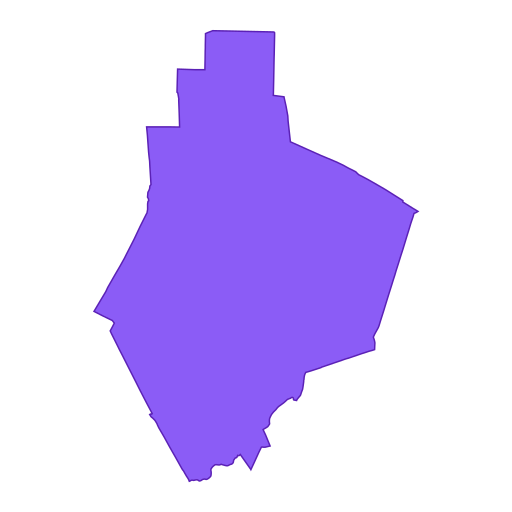 outline of Balesti, Vrancea, Romania
{"feature_id": "2599482B89340498251643", "entity_name": "Balesti", "entity_type": "district", "adm_level": 2, "iso_a3": "ROU", "parent_name": "Romania", "parent_adm1": "Vrancea", "projection": "albers", "projection_center": [27.24, 45.473], "detail": "fine", "context": "isolated", "style": "filled", "palette": "violet", "viewbox_px": 512, "rotation_deg": 0, "n_neighbors": 0, "source": "geoboundaries", "source_scale": "gbopen_adm2", "svg_char_len": 4411}
<svg xmlns="http://www.w3.org/2000/svg" viewBox="0 0 512 512"><path d="M418.0,211.4L415.1,209.6L413.2,208.5L402.8,202.0L402.9,200.6L394.3,195.2L385.6,189.7L379.6,186.2L368.1,179.6L363.4,177.1L360.7,175.7L358.7,174.7L356.3,172.4L355.8,171.8L352.1,169.9L349.2,168.5L346.4,167.0L343.2,165.2L340.9,164.1L337.5,162.5L337.2,162.3L321.5,155.7L321.2,155.6L307.1,149.3L290.4,141.8L288.1,121.1L287.8,115.9L286.1,106.5L284.2,97.9L284.1,97.4L284.0,96.8L273.3,95.4L273.4,93.4L273.7,79.2L274.1,57.3L274.2,54.7L274.6,35.5L274.6,34.0L274.6,33.1L274.6,32.7L274.4,32.4L274.2,32.2L273.8,32.0L270.3,31.9L251.1,31.5L246.5,31.4L228.3,31.0L222.7,30.9L212.7,30.7L210.9,31.4L207.7,32.6L205.5,33.6L205.5,35.9L205.4,40.2L205.3,45.4L205.3,48.1L205.2,50.8L205.1,58.9L205.0,63.5L204.9,69.7L194.9,69.7L177.6,69.1L177.3,80.1L177.0,92.2L177.8,93.0L178.9,99.4L178.7,99.7L179.2,113.4L179.6,127.0L176.4,127.0L170.3,126.9L162.2,126.9L146.6,126.9L147.0,131.0L147.4,135.2L148.6,152.2L148.8,154.1L149.1,157.1L149.6,161.0L149.9,166.8L150.4,174.9L151.0,184.6L149.9,186.0L149.6,188.6L148.8,190.7L148.2,191.7L147.9,192.5L147.5,197.2L148.4,198.7L148.7,200.8L148.0,201.4L147.6,203.9L147.6,209.4L147.0,212.9L146.1,214.5L142.1,222.5L140.1,226.5L134.1,239.2L128.4,250.4L126.4,254.3L124.4,258.3L120.1,266.0L114.9,274.9L107.7,287.5L105.8,291.6L99.7,301.8L94.0,311.4L103.4,316.2L108.6,318.7L112.3,320.5L114.3,323.1L112.1,327.4L110.2,330.9L111.4,333.5L112.3,335.3L116.4,343.5L117.6,345.9L119.4,349.6L122.3,355.2L129.7,369.8L136.0,382.2L137.7,385.6L140.4,391.0L146.2,402.2L151.5,412.2L152.2,413.7L151.6,414.1L151.1,414.1L150.6,414.0L149.7,414.5L151.1,416.8L151.6,417.2L152.5,417.9L153.1,418.5L154.6,420.0L155.3,420.9L155.9,421.9L157.0,423.7L157.3,424.6L158.8,427.8L159.8,429.5L160.9,431.4L164.1,436.9L166.9,442.0L170.1,447.8L175.2,456.7L178.4,462.4L181.9,468.7L182.6,469.8L183.5,470.9L183.8,471.4L184.6,472.9L186.0,475.3L186.7,476.5L187.2,477.2L187.8,478.1L188.2,478.8L188.7,479.7L189.1,480.8L189.3,481.3L189.9,481.1L190.3,480.8L191.0,480.4L191.6,480.2L192.1,480.2L192.5,480.2L192.9,480.2L193.5,480.4L194.1,480.3L194.8,480.1L195.9,479.9L196.8,479.8L197.5,479.9L198.0,480.2L198.9,480.8L199.6,481.0L200.3,480.8L201.1,480.5L201.8,480.0L202.6,479.5L203.1,479.3L204.2,479.1L205.0,479.1L205.9,479.4L206.4,479.4L207.1,479.2L208.5,478.4L209.2,477.8L210.3,476.8L210.9,475.9L211.1,474.6L211.2,473.0L211.1,471.6L210.9,470.5L210.9,469.9L211.0,469.0L211.8,467.8L212.4,467.0L213.0,466.4L214.2,465.4L215.0,464.8L215.7,464.7L216.6,464.7L218.2,464.9L219.1,464.9L219.6,464.9L220.3,464.7L220.8,464.4L221.3,464.3L221.7,464.5L222.8,464.8L223.5,465.0L224.5,465.3L225.8,465.6L227.1,465.8L228.3,465.5L229.2,465.0L230.5,464.4L231.4,464.2L232.3,463.7L232.8,463.2L233.3,462.3L233.7,460.1L234.1,459.6L234.9,458.4L235.3,457.9L235.8,457.9L236.3,457.7L236.8,457.4L237.2,456.5L237.5,455.9L237.7,455.4L237.9,455.5L238.5,455.7L239.2,455.5L239.7,455.1L240.3,454.5L250.8,469.4L250.9,469.6L254.3,462.3L258.9,452.2L261.2,447.5L261.4,447.2L261.7,447.1L262.2,447.0L262.7,447.1L263.6,447.2L264.8,447.2L265.6,447.1L268.0,446.5L270.1,446.0L265.6,435.0L264.2,432.0L263.9,431.4L263.1,429.5L264.8,428.5L266.5,427.5L267.8,426.6L268.7,425.3L269.5,424.1L269.6,423.5L269.5,422.9L269.4,421.6L269.4,420.7L269.5,419.1L269.8,418.0L270.5,416.5L271.4,414.7L272.2,413.6L273.5,412.0L274.6,410.9L276.0,409.5L276.9,408.3L278.0,407.1L278.9,406.3L280.6,405.1L283.6,402.9L285.2,401.5L286.6,400.2L287.1,399.7L287.5,399.4L288.2,399.1L289.7,398.5L290.4,398.3L291.1,397.8L291.8,397.4L292.2,397.4L292.6,397.4L292.8,397.5L293.2,397.9L293.4,398.4L293.5,399.6L293.6,399.8L293.9,400.0L296.6,400.5L297.0,399.5L297.4,399.0L298.6,397.5L300.0,395.9L300.6,395.0L300.8,394.3L301.7,391.6L302.4,389.8L302.6,389.2L303.0,386.8L303.5,383.2L303.7,381.6L303.7,380.5L304.0,379.3L304.1,377.6L304.4,375.9L304.7,374.7L305.3,373.3L305.9,372.3L307.2,372.0L310.9,370.9L321.0,367.6L321.5,367.2L343.2,359.8L343.7,359.6L346.1,358.8L348.6,358.1L362.1,353.5L364.1,352.9L369.2,351.2L372.2,350.4L374.6,349.6L374.7,347.2L374.8,344.8L374.9,342.9L374.6,341.2L374.1,339.3L373.4,337.4L373.5,336.7L374.9,333.7L378.3,327.6L379.0,325.8L380.3,321.5L382.8,313.6L384.0,309.8L384.9,306.8L387.3,299.0L389.2,292.9L391.7,285.0L393.4,279.5L394.7,275.5L396.1,270.7L398.3,263.8L400.7,256.1L402.9,249.3L405.0,242.4L406.3,238.1L407.7,233.6L409.1,229.1L410.8,223.4L413.0,216.9L414.0,213.4L415.6,212.8L417.4,211.8L418.0,211.4Z" fill="#8b5cf6" stroke="#5b21b6" stroke-width="1.5"/></svg>